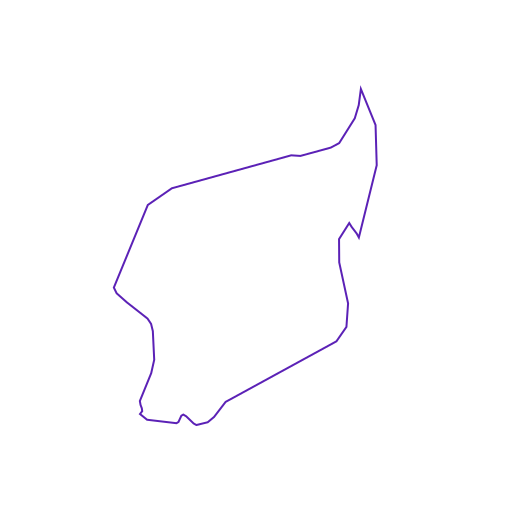 map outline of Isle of Wight (Albers equal-area conic projection), rotated 129°
{"feature_id": "GBR-2758", "entity_name": "Isle of Wight", "entity_type": "Unitary Authority", "adm_level": 1, "iso_a3": "GBR", "parent_name": "United Kingdom", "parent_adm1": "", "projection": "albers", "projection_center": [-1.252, 50.678], "detail": "fine", "context": "isolated", "style": "outline", "palette": "violet", "viewbox_px": 512, "rotation_deg": 129, "n_neighbors": 0, "source": "natural_earth", "source_scale": "10m", "svg_char_len": 702}
<svg xmlns="http://www.w3.org/2000/svg" viewBox="0 0 512 512"><g transform="rotate(129 256 256)"><path d="M436.0,212.6L451.8,237.6L451.8,246.7L448.2,246.8L446.2,248.9L444.4,252.0L441.8,255.0L413.0,263.7L400.7,269.8L379.3,288.9L374.8,294.8L372.9,300.9L373.3,327.2L372.7,340.8L370.0,346.6L284.4,372.2L256.3,364.0L155.6,292.0L150.3,284.5L124.7,266.1L115.9,262.4L86.8,265.9L74.1,271.1L60.2,279.6L79.0,245.5L109.5,219.3L176.9,187.7L175.2,191.8L173.2,200.0L171.7,204.3L190.6,202.1L208.6,187.3L234.9,154.6L254.2,141.1L271.7,139.8L388.5,187.8L407.5,187.3L415.6,188.9L424.9,196.0L425.4,199.1L424.5,209.4L425.0,212.7L427.1,213.5L433.8,211.8L436.0,212.6Z" fill="none" stroke="#5b21b6" stroke-width="2"/></g></svg>